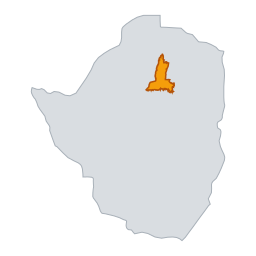 Zvimba, Mashonaland West, Zimbabwe (highlighted)
{"feature_id": "62879985B3462136177187", "entity_name": "Zvimba", "entity_type": "district", "adm_level": 2, "iso_a3": "ZWE", "parent_name": "Zimbabwe", "parent_adm1": "Mashonaland West", "projection": "equal_earth", "projection_center": [30.365, -17.376], "detail": "fine", "context": "in_parent", "style": "filled", "palette": "amber", "viewbox_px": 256, "rotation_deg": 0, "n_neighbors": 0, "source": "geoboundaries", "source_scale": "gbopen_adm2", "svg_char_len": 6238}
<svg xmlns="http://www.w3.org/2000/svg" viewBox="0 0 256 256"><path d="M182.0,240.6L179.7,238.8L176.7,237.5L172.8,237.0L167.8,237.2L161.6,238.2L155.0,237.0L147.9,233.5L142.0,232.2L135.0,233.7L134.7,233.8L133.5,232.6L131.5,230.0L128.3,229.6L127.5,228.9L126.7,228.0L126.3,226.8L126.1,225.4L126.6,221.2L126.3,220.7L125.4,220.2L123.7,219.7L119.5,217.7L114.1,215.9L105.5,213.8L102.1,213.3L101.4,212.7L100.4,211.1L98.7,206.2L97.1,203.0L93.4,198.0L92.8,196.5L92.9,192.5L93.2,189.3L93.6,186.6L93.4,184.0L93.3,180.9L93.4,178.8L92.9,177.9L91.5,177.2L87.7,176.9L83.0,177.0L82.9,173.8L82.4,168.9L81.5,166.0L80.4,164.5L78.3,162.9L73.9,160.8L68.0,157.6L62.9,152.8L57.1,146.8L55.2,145.8L53.1,140.2L49.7,130.6L49.9,127.4L49.4,125.8L46.2,121.1L45.5,118.6L44.9,116.2L39.8,109.2L38.0,106.2L36.7,102.3L35.3,99.2L34.2,98.0L32.8,95.8L31.7,93.4L31.3,91.6L31.6,89.2L32.1,87.6L36.9,89.3L39.5,89.4L41.6,88.6L44.1,89.7L47.2,92.9L50.5,93.5L54.1,91.5L58.9,92.1L65.0,95.2L70.0,95.8L76.0,93.1L81.3,85.4L86.3,78.1L91.2,69.8L94.2,63.0L98.5,57.5L104.3,53.2L110.2,49.6L119.2,45.3L121.0,41.6L121.6,37.7L121.6,32.2L122.0,28.6L123.0,27.0L124.4,25.7L126.4,24.0L132.3,19.9L137.3,17.2L143.4,15.4L150.0,15.4L156.4,15.4L160.1,15.4L160.1,20.7L160.4,26.6L161.1,27.2L165.9,27.3L173.6,27.8L181.1,28.2L185.8,32.5L187.4,33.4L192.4,34.6L198.6,41.8L206.2,42.5L211.4,44.7L216.0,47.2L218.6,50.1L220.4,50.8L222.7,51.0L223.8,51.3L223.5,53.4L222.0,57.1L222.2,62.2L224.2,69.4L224.5,75.6L223.8,86.6L223.8,97.2L224.0,101.0L224.3,103.5L224.7,104.9L224.6,106.5L223.4,110.9L222.3,115.6L222.3,117.5L221.9,118.8L221.1,120.0L217.8,122.1L217.2,123.5L217.3,125.9L217.7,127.9L218.9,128.7L220.4,129.8L220.9,131.3L220.9,132.9L220.5,135.9L219.1,140.8L220.4,146.5L221.9,150.1L223.9,154.3L224.7,157.0L224.6,158.8L224.3,160.6L221.2,168.4L219.0,173.2L216.3,178.3L212.8,181.5L211.8,183.1L211.5,184.8L211.6,188.7L211.4,192.7L208.3,198.8L210.2,204.2L209.8,204.6L208.7,205.4L204.4,211.4L199.9,217.4L196.7,221.8L193.1,226.8L188.9,232.4L185.4,237.2L182.0,240.6Z" fill="#d9dde1" stroke="#a8b0b8" stroke-width="1"/><path d="M170.9,91.8L171.0,92.1L171.1,92.6L171.2,92.2L171.3,92.1L171.2,91.9L171.6,92.0L171.6,91.9L171.7,92.0L171.9,92.3L171.9,92.2L172.2,92.3L172.5,92.8L172.3,92.3L173.5,91.5L172.0,90.3L172.1,90.2L172.5,90.1L172.4,88.7L172.2,88.1L172.5,87.8L172.3,87.6L172.4,87.1L172.7,87.0L173.1,87.1L172.8,86.6L173.8,86.3L173.9,84.7L174.2,84.9L174.1,83.4L174.0,83.1L173.4,83.2L173.3,84.4L172.9,84.0L172.6,83.7L171.8,83.2L171.2,82.8L171.1,83.2L169.9,82.4L169.1,81.2L169.8,79.7L168.3,79.5L167.4,79.7L166.3,79.5L165.4,79.5L165.4,78.3L165.6,77.8L165.7,76.9L165.6,76.2L165.9,74.6L165.7,73.3L165.6,73.1L166.6,70.3L166.8,69.4L166.9,69.0L166.5,68.9L167.2,68.3L168.1,66.2L168.6,63.0L167.4,62.7L166.9,63.1L166.7,62.2L166.2,62.6L166.1,61.9L165.6,62.0L165.4,61.9L165.1,62.0L164.7,62.4L164.6,62.7L163.8,62.7L163.8,62.3L163.7,61.7L163.6,61.4L163.6,61.2L163.6,60.9L163.7,60.6L163.9,60.5L164.0,60.3L163.9,60.3L163.9,60.0L163.5,59.9L163.4,59.8L163.5,59.7L163.3,59.6L163.3,59.0L163.2,58.9L163.2,58.7L163.1,58.4L163.2,58.2L163.2,57.9L163.3,57.5L163.3,57.1L163.2,56.7L163.2,56.4L163.3,56.0L163.2,55.8L162.9,55.6L162.9,55.4L162.7,55.4L162.8,55.3L162.7,54.8L162.6,54.7L162.6,54.4L162.4,54.3L162.3,54.7L162.1,54.9L161.7,55.1L161.8,55.4L161.7,55.7L161.2,55.8L160.9,55.7L160.8,55.8L160.8,56.3L160.7,56.5L160.7,57.0L160.6,56.9L160.4,56.9L160.1,57.4L159.8,57.5L159.7,57.6L159.5,57.8L159.5,58.1L159.4,58.2L159.2,58.4L159.2,58.6L159.4,58.9L159.4,59.0L159.3,59.3L159.5,59.3L159.5,59.8L159.3,59.7L159.1,59.7L158.8,59.9L158.7,60.0L158.6,60.3L158.6,60.7L158.8,60.9L158.8,61.0L158.6,61.0L158.6,62.3L158.6,63.0L158.4,63.3L158.5,63.6L158.5,63.8L158.4,64.0L158.3,64.3L158.0,64.5L157.9,64.7L157.9,64.8L157.9,65.0L157.7,65.1L157.5,65.4L157.6,65.8L157.2,66.1L157.0,66.3L157.0,66.5L157.0,66.9L157.0,67.0L156.9,67.3L156.8,67.5L156.8,67.9L156.7,68.0L156.5,68.3L156.5,68.6L156.7,69.3L156.6,69.5L156.5,69.4L156.5,69.6L156.6,69.8L156.8,69.9L156.8,70.3L156.7,70.3L156.3,70.5L156.1,70.8L156.1,71.0L155.9,71.5L155.8,71.8L155.7,71.9L155.6,72.3L155.6,72.5L155.6,72.9L155.7,73.3L155.6,73.5L155.4,74.1L155.4,74.3L155.3,74.7L155.4,75.2L155.4,75.3L155.3,75.5L155.3,75.8L155.1,75.9L155.2,76.6L155.3,76.6L155.4,77.0L155.5,77.2L155.5,77.4L155.6,77.5L155.6,77.9L155.8,78.1L155.9,78.3L155.9,78.5L155.7,78.6L155.8,78.9L155.8,79.2L155.9,79.5L155.9,79.9L155.7,80.3L155.7,80.7L155.5,81.0L154.4,81.3L150.4,82.3L149.9,82.9L149.7,83.3L149.2,84.6L149.1,84.8L149.1,85.3L149.0,85.5L149.0,85.8L148.9,86.2L148.9,86.6L148.6,87.0L148.5,87.4L148.4,87.5L148.2,87.6L147.7,88.1L147.4,88.3L147.1,88.6L146.8,89.4L146.2,89.6L146.1,89.8L146.5,90.0L147.0,90.5L147.3,90.5L147.5,90.4L147.8,90.6L147.8,90.4L148.0,90.3L148.2,90.2L148.6,90.0L148.8,90.1L148.8,89.9L149.0,89.9L149.1,90.0L149.3,89.9L149.5,89.9L150.1,89.9L150.6,90.0L150.7,89.9L151.0,89.9L151.1,90.2L151.2,89.9L151.3,89.9L151.4,90.0L151.6,90.0L151.9,90.1L152.0,90.2L152.3,89.8L152.6,89.7L152.7,89.8L152.7,89.7L152.8,89.9L153.0,89.9L153.2,90.0L153.3,90.0L153.5,90.1L153.7,89.9L153.9,89.7L154.0,89.6L154.3,89.6L154.8,89.6L155.2,89.6L155.4,89.7L155.5,89.8L155.8,89.8L155.9,90.0L156.1,89.9L156.5,90.1L156.8,90.0L156.9,89.9L157.2,90.1L157.3,90.1L157.6,90.2L158.0,90.0L158.1,89.9L158.5,90.0L158.8,90.1L158.9,89.8L159.2,89.7L159.3,89.6L159.7,89.4L159.9,89.1L160.4,88.5L160.6,89.4L160.8,88.8L161.2,88.7L161.4,88.8L161.6,88.7L161.7,88.9L162.0,88.9L162.3,88.9L162.3,89.0L163.0,89.3L163.1,90.0L163.2,90.3L163.3,90.3L163.4,90.1L163.5,89.7L163.5,89.3L163.6,89.2L163.6,89.3L163.8,89.7L163.8,89.8L163.9,89.7L164.1,89.7L164.3,89.9L164.4,90.1L164.2,89.6L164.0,89.3L164.0,89.1L163.9,88.9L164.1,88.6L164.3,88.7L164.4,88.8L164.4,89.0L164.6,89.0L164.8,89.1L164.7,89.3L164.8,89.4L164.9,89.2L165.0,89.3L165.0,89.5L165.1,89.1L165.1,88.9L165.2,88.6L165.3,88.6L165.4,88.8L165.5,88.7L165.6,88.8L165.8,88.9L165.8,89.1L165.9,89.3L165.9,89.5L166.0,89.3L165.9,89.1L166.0,88.8L166.3,88.9L166.3,89.0L166.4,88.9L166.5,88.9L166.6,89.1L166.8,89.2L166.8,89.4L166.8,89.6L166.9,89.4L167.0,89.4L167.0,89.5L167.3,89.7L167.4,89.4L167.5,89.3L167.8,89.5L167.8,89.8L167.9,90.3L168.0,90.1L168.0,89.7L168.4,89.5L168.5,89.9L168.6,89.6L168.7,89.8L168.9,90.0L169.0,90.1L169.3,90.4L168.6,91.3L168.9,91.8L170.1,92.6L170.6,91.8L170.9,91.8Z" fill="#f59e0b" stroke="#b45309" stroke-width="1.5"/></svg>